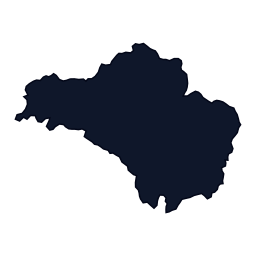 Piacatu, São Paulo, Brazil (orthographic projection)
{"feature_id": "56859067B18730423511926", "entity_name": "Piacatu", "entity_type": "district", "adm_level": 2, "iso_a3": "BRA", "parent_name": "Brazil", "parent_adm1": "São Paulo", "projection": "orthographic", "projection_center": [-50.65, -21.576], "detail": "fine", "context": "isolated", "style": "filled", "palette": "ink", "viewbox_px": 256, "rotation_deg": 0, "n_neighbors": 0, "source": "geoboundaries", "source_scale": "gbopen_adm2", "svg_char_len": 2338}
<svg xmlns="http://www.w3.org/2000/svg" viewBox="0 0 256 256"><path d="M227.9,160.2L227.7,156.9L228.4,154.0L231.7,152.2L232.9,148.6L231.8,145.6L230.8,142.8L232.2,138.9L234.9,135.7L237.3,132.6L238.6,127.7L240.6,124.7L239.1,122.2L238.3,118.6L237.1,114.5L235.2,111.4L233.8,108.1L229.2,106.5L226.0,104.0L223.0,102.0L219.6,100.9L216.7,100.4L214.0,101.3L211.9,103.2L208.8,101.5L202.9,97.5L200.8,94.3L198.4,92.2L195.4,91.3L191.0,93.6L187.5,96.0L183.2,96.0L184.6,92.8L186.2,90.3L187.1,87.2L187.6,83.3L187.3,80.0L186.6,74.4L183.7,71.7L181.4,70.1L180.8,67.1L181.8,63.8L181.2,60.7L178.3,58.6L174.2,58.6L169.5,60.7L166.0,59.5L163.1,59.5L159.4,58.4L157.4,53.9L155.3,50.9L152.6,49.9L149.9,48.6L147.3,46.4L143.5,43.5L139.2,44.6L135.5,43.8L132.4,46.3L133.5,50.6L130.7,52.9L125.8,52.3L122.0,53.6L118.9,53.4L116.9,55.2L114.5,58.1L111.9,61.3L110.5,64.6L105.5,65.2L101.8,64.1L99.9,67.6L98.4,72.2L95.2,76.4L91.7,78.8L88.1,78.8L85.9,81.2L83.4,79.1L78.8,79.5L74.3,78.9L70.2,79.0L66.4,80.4L63.1,81.0L59.3,79.5L56.2,75.4L53.6,73.7L51.3,75.6L48.7,76.8L46.1,75.9L43.4,77.1L40.3,80.5L36.5,80.1L33.4,81.3L29.3,83.8L26.3,86.4L25.4,89.9L28.0,95.1L23.9,96.7L27.0,99.7L27.5,104.3L25.5,109.2L22.2,113.4L17.1,114.7L15.4,119.2L19.6,121.0L23.5,117.2L27.0,119.2L30.5,115.5L35.3,115.6L36.2,118.3L38.1,121.6L41.6,122.2L45.4,118.6L49.8,117.8L49.2,120.6L46.5,126.4L49.8,130.1L53.0,129.3L55.2,126.7L59.4,124.0L63.7,124.6L65.5,126.7L68.8,128.8L71.7,129.1L74.5,129.1L78.4,129.6L82.2,128.9L86.1,131.0L84.3,136.6L87.4,138.7L92.4,142.0L94.5,144.2L97.9,144.9L100.4,146.5L103.5,148.9L108.2,150.3L110.0,153.3L113.0,153.0L116.1,155.0L119.6,156.9L122.0,162.0L127.6,166.2L128.3,170.1L130.8,172.3L133.6,174.6L136.6,175.6L136.1,178.6L135.5,182.5L135.6,187.0L138.4,190.0L139.2,193.0L139.6,196.3L140.6,199.0L143.2,202.8L147.3,202.1L150.8,205.4L154.0,208.2L156.9,205.3L157.4,200.9L158.4,197.6L159.8,195.0L163.7,195.2L166.1,197.9L165.4,201.3L167.3,203.7L166.2,206.5L166.0,209.4L166.1,212.5L169.1,211.8L172.1,210.2L175.9,209.0L178.0,205.1L179.9,202.5L181.9,199.3L186.4,198.2L190.0,197.4L194.1,195.4L197.9,194.4L201.6,193.5L204.5,195.7L207.4,198.8L211.2,196.8L211.8,192.9L214.7,192.1L217.3,189.4L218.2,185.8L220.3,183.9L223.0,183.6L222.5,180.8L223.1,177.8L223.7,173.8L221.9,170.7L221.6,167.7L225.4,166.0L225.8,163.0L225.1,159.9L227.9,160.2Z" fill="#0f172a" stroke="#020617" stroke-width="1.5"/></svg>